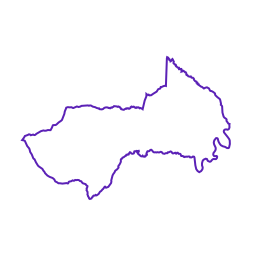 Guacarí, Valle del Cauca, Colombia, rotated 188°
{"feature_id": "7082276B91777379467178", "entity_name": "Guacarí", "entity_type": "district", "adm_level": 2, "iso_a3": "COL", "parent_name": "Colombia", "parent_adm1": "Valle del Cauca", "projection": "robinson", "projection_center": [-76.302, 3.779], "detail": "fine", "context": "isolated", "style": "outline", "palette": "violet", "viewbox_px": 256, "rotation_deg": 188, "n_neighbors": 0, "source": "geoboundaries", "source_scale": "gbopen_adm2", "svg_char_len": 5838}
<svg xmlns="http://www.w3.org/2000/svg" viewBox="0 0 256 256"><g transform="rotate(188 128 128)"><path d="M51.3,94.2L49.6,95.5L48.6,97.4L48.5,98.6L48.6,99.5L49.5,101.3L49.8,103.5L49.5,105.8L49.0,106.8L48.4,107.4L46.8,108.4L45.8,108.3L45.3,108.1L44.8,107.0L44.4,106.6L42.6,106.0L42.1,106.0L41.2,106.6L40.5,107.9L39.6,108.9L39.0,109.2L36.7,109.4L36.3,109.7L35.8,110.6L35.7,111.9L36.1,112.5L36.6,112.6L37.9,112.2L38.8,112.2L39.7,113.1L39.9,113.7L39.9,115.0L38.4,117.9L38.2,119.4L38.5,120.8L40.4,123.7L41.0,125.3L41.0,126.5L40.8,127.8L39.5,130.1L38.6,130.4L37.7,130.0L36.5,127.2L35.1,125.3L33.7,123.9L31.6,123.1L29.2,122.8L27.0,121.9L25.7,122.1L25.2,122.7L24.9,126.3L25.5,129.7L26.2,131.0L27.7,132.6L32.3,137.0L32.7,138.1L32.6,139.0L32.0,139.8L30.7,140.3L29.0,140.2L28.1,140.9L27.8,141.5L27.6,142.8L28.1,145.4L28.0,146.1L29.3,146.4L30.5,147.8L31.2,148.4L31.5,148.9L31.5,150.0L31.9,150.6L34.0,151.7L34.9,152.6L36.6,156.4L37.8,162.5L38.2,163.1L39.3,163.9L39.3,165.1L40.6,168.6L41.2,169.5L43.8,171.0L45.9,172.5L46.4,173.2L46.6,174.2L47.0,174.6L49.0,175.7L50.5,176.2L51.6,176.2L52.1,176.6L53.3,178.4L55.3,179.2L56.0,179.1L57.6,178.3L58.3,177.7L60.5,179.0L61.4,179.1L62.3,179.7L63.0,179.9L63.5,180.4L64.1,180.5L64.3,181.2L64.9,181.0L65.3,181.1L65.6,181.7L65.6,182.6L65.9,182.7L66.5,182.5L66.8,183.5L68.1,183.8L69.5,185.1L69.7,186.1L70.8,186.8L72.1,186.7L73.0,187.8L73.8,187.4L75.5,187.6L76.5,188.6L77.1,188.5L77.5,188.7L77.8,189.3L77.8,190.2L78.6,191.2L79.3,191.1L79.8,191.7L80.8,192.2L81.9,191.7L81.6,192.2L81.7,192.4L82.1,192.3L82.4,191.7L82.9,191.5L83.0,192.0L82.6,192.6L83.4,193.9L84.1,193.8L84.6,193.4L85.2,193.6L85.7,193.4L85.8,193.6L85.6,194.3L85.9,194.8L87.2,194.7L88.4,195.6L88.9,195.7L89.2,196.0L89.1,196.6L89.5,197.3L89.8,197.5L90.4,197.3L92.0,198.6L91.9,200.3L92.6,200.9L93.1,202.0L93.6,202.5L94.3,201.6L94.8,200.2L95.2,199.9L95.6,200.9L96.5,201.1L96.7,202.0L97.9,202.2L97.8,202.4L97.9,203.2L99.1,203.6L99.2,202.4L96.3,174.9L97.2,175.0L98.7,174.4L100.7,173.1L101.3,173.1L101.6,171.6L103.5,170.6L104.7,168.0L107.7,165.5L109.6,163.7L111.3,163.3L112.1,163.9L112.4,163.9L112.6,163.5L113.3,163.6L113.9,163.8L114.5,164.2L114.2,162.0L115.3,157.5L116.1,148.8L116.5,149.1L116.8,149.0L117.6,149.2L118.2,149.6L118.8,149.4L119.2,149.5L119.4,149.2L120.5,149.9L121.4,149.8L122.1,149.2L122.6,149.6L123.5,149.0L123.7,149.3L124.2,149.4L125.1,149.9L125.6,149.9L126.1,149.4L126.8,149.6L127.2,149.5L127.6,149.7L128.3,149.0L128.2,148.5L128.3,148.2L129.3,147.3L129.9,147.2L130.2,147.5L130.7,147.6L131.5,147.4L131.9,146.9L132.4,147.1L132.5,146.9L132.9,146.9L133.3,146.5L133.9,146.2L134.4,145.6L135.1,145.4L137.4,145.7L137.6,145.9L137.6,146.4L138.7,147.0L139.2,147.7L139.5,147.6L140.2,147.9L140.6,147.7L140.9,147.9L141.4,147.5L142.5,147.8L144.9,147.7L145.3,147.0L146.3,146.4L146.6,145.9L147.0,145.8L147.5,146.0L148.5,145.0L149.1,145.3L150.2,145.1L150.8,145.5L152.6,145.4L154.2,144.7L155.4,143.3L156.5,142.8L158.7,142.7L159.2,142.9L159.4,143.4L160.3,143.3L161.9,143.5L163.2,144.0L166.0,144.3L167.5,145.0L168.7,145.1L169.8,144.6L170.8,144.8L177.3,143.4L178.0,142.7L179.8,141.9L181.6,142.2L184.9,140.2L185.5,140.2L186.8,140.7L188.9,140.3L190.4,140.3L191.1,140.0L192.0,139.5L192.1,138.7L192.9,135.6L193.0,133.1L194.5,126.8L195.4,125.7L197.4,123.9L199.5,121.3L200.4,120.8L201.9,120.6L202.8,120.2L203.4,117.7L204.4,115.1L207.1,114.8L208.7,114.0L210.0,113.7L211.4,113.8L213.7,112.8L217.9,109.5L218.8,108.4L219.5,108.0L220.2,108.0L221.0,108.3L223.3,107.3L224.4,108.0L225.3,107.9L226.2,107.2L229.0,105.7L229.6,104.1L231.1,101.3L228.7,101.1L228.3,100.8L225.3,96.1L223.0,94.0L222.5,93.1L221.5,90.6L219.6,88.4L217.6,84.9L217.2,84.5L216.2,84.0L214.3,81.1L211.9,78.2L210.9,77.5L207.1,75.6L205.8,73.9L204.8,73.1L203.8,71.7L201.2,69.7L198.8,68.7L195.7,68.0L193.8,66.8L193.0,65.5L192.4,64.9L191.0,64.5L189.2,63.6L187.6,63.8L185.2,63.8L181.2,64.9L179.8,64.7L179.5,65.0L179.2,66.3L178.8,66.7L176.8,67.4L175.6,68.4L174.2,68.2L173.1,69.2L172.2,69.1L171.1,69.5L169.7,69.6L169.0,69.4L168.2,68.8L166.8,68.7L166.0,67.7L165.1,67.0L162.2,66.5L161.3,65.5L160.1,64.9L160.0,64.5L160.2,63.1L160.6,62.5L160.3,61.6L160.4,60.6L159.3,59.3L158.9,57.8L158.9,56.4L158.3,55.6L158.0,54.7L157.1,53.8L156.7,52.8L155.9,52.4L154.4,53.1L154.0,54.2L153.4,54.8L153.4,55.3L152.6,56.3L151.5,56.4L151.0,56.7L150.8,57.2L149.7,56.9L147.9,58.6L146.9,60.9L145.8,61.9L144.6,63.8L144.2,64.1L142.9,66.6L142.4,66.7L141.8,65.9L141.2,65.9L139.3,67.0L137.1,71.1L137.0,72.6L137.3,73.8L137.2,74.5L136.7,78.9L136.1,80.5L135.2,82.1L134.7,83.9L133.0,85.6L131.9,87.4L131.9,87.8L132.3,88.7L132.0,89.6L131.4,90.4L130.5,93.0L130.4,93.8L130.7,95.5L130.6,96.1L129.8,96.7L129.3,97.9L128.4,98.3L126.7,100.0L126.2,100.2L125.9,101.3L125.6,101.4L125.1,101.3L124.5,101.9L124.0,101.7L123.6,101.9L123.5,102.9L122.7,104.3L122.0,104.1L121.1,103.2L120.0,103.1L119.4,103.3L118.8,103.6L118.6,104.0L118.5,105.7L118.2,105.9L117.3,105.9L116.6,106.5L115.6,106.5L115.6,106.3L115.2,106.6L114.2,106.9L114.0,106.2L114.9,104.6L114.8,104.2L114.4,103.8L112.9,103.1L112.8,102.7L111.0,101.8L110.0,101.9L109.6,102.6L108.9,101.9L107.9,101.8L107.0,102.1L106.7,102.4L107.0,102.9L107.0,103.1L105.5,104.1L105.7,104.7L106.2,105.4L105.6,107.5L105.2,107.8L104.3,107.8L103.5,108.3L102.9,109.3L102.1,109.7L101.4,109.4L99.5,107.7L98.7,107.5L97.5,107.8L96.6,107.7L95.7,108.1L93.8,108.1L92.2,109.0L91.2,108.8L90.1,107.7L88.4,107.5L86.9,108.4L85.6,108.5L85.3,108.8L85.2,109.4L83.9,109.8L82.6,110.7L81.7,110.5L80.6,109.3L80.1,109.1L79.5,109.2L77.8,110.1L77.4,109.9L77.1,109.4L76.7,109.3L75.8,110.4L75.2,110.4L74.3,109.5L73.0,109.7L72.5,109.5L72.1,109.1L71.7,108.0L71.3,107.7L69.8,107.9L68.8,107.2L68.3,107.1L68.0,107.1L67.7,107.5L67.3,107.4L66.3,107.8L65.5,107.7L64.9,108.0L63.6,108.3L62.9,108.2L62.6,107.6L61.3,107.6L60.1,108.3L59.7,108.8L59.2,108.8L58.5,108.7L58.0,107.8L56.1,100.4L54.7,96.8L53.1,95.1L51.3,94.2Z" fill="none" stroke="#5b21b6" stroke-width="2"/></g></svg>